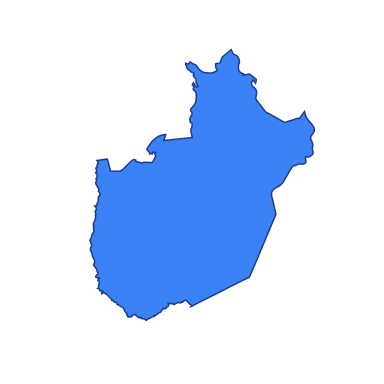 SVG path tracing the border of Coahuila, rotated 215°
{"feature_id": "MEX-2708", "entity_name": "Coahuila", "entity_type": "State", "adm_level": 1, "iso_a3": "MEX", "parent_name": "Mexico", "parent_adm1": "", "projection": "albers", "projection_center": [-101.519, 27.229], "detail": "fine", "context": "isolated", "style": "filled", "palette": "blue", "viewbox_px": 384, "rotation_deg": 215, "n_neighbors": 0, "source": "natural_earth", "source_scale": "10m", "svg_char_len": 6005}
<svg xmlns="http://www.w3.org/2000/svg" viewBox="0 0 384 384"><g transform="rotate(215 192 192)"><path d="M172.5,52.9L173.4,53.1L174.5,54.2L175.3,54.0L175.6,54.9L176.2,55.2L177.8,55.4L179.9,56.5L180.4,57.0L182.1,57.7L186.4,57.3L187.6,57.6L188.3,56.9L189.0,57.1L189.6,57.7L190.2,58.0L191.1,57.9L192.1,57.2L193.5,57.6L195.0,57.6L195.5,57.2L195.8,57.3L196.0,57.8L196.3,58.1L203.7,59.2L206.1,58.8L206.7,58.6L207.2,58.1L207.4,57.1L207.6,56.8L207.9,57.0L208.2,57.3L208.4,57.8L207.7,59.4L208.7,59.7L209.4,59.3L210.1,58.6L211.0,58.3L211.4,58.5L211.7,59.1L212.1,59.4L213.1,59.4L214.0,59.0L213.8,59.7L213.9,60.3L215.0,62.1L215.3,63.1L216.2,64.8L216.5,65.2L217.1,65.5L218.3,65.5L218.7,65.7L218.6,66.5L218.3,67.7L218.2,68.4L218.7,68.6L219.5,67.9L220.6,67.3L221.8,67.1L222.5,67.8L222.5,69.1L222.1,70.7L222.3,71.4L222.7,71.9L223.7,72.1L224.1,72.4L225.0,73.5L226.3,74.2L230.7,75.6L231.1,76.5L231.4,78.7L232.1,79.7L233.0,80.5L236.3,82.0L237.4,82.9L238.3,84.1L238.7,84.4L240.8,85.4L241.8,86.1L242.4,86.9L243.3,88.6L243.0,89.8L243.3,90.5L245.7,92.4L246.1,93.1L247.6,93.4L248.0,94.1L248.4,97.2L249.3,99.2L249.5,100.3L249.1,101.4L249.4,101.8L249.6,102.2L249.7,103.4L250.0,103.8L251.1,104.7L251.5,105.8L252.4,106.3L252.5,106.7L252.2,107.3L252.4,107.7L252.7,107.9L253.4,107.9L253.7,108.0L253.9,108.3L254.6,109.6L255.8,114.7L256.3,115.8L258.0,118.0L258.0,118.9L260.0,120.2L260.2,120.7L260.2,122.5L260.9,123.6L261.8,124.2L263.7,124.9L262.4,125.7L262.1,126.1L262.2,126.6L263.1,127.7L263.3,129.6L263.8,131.4L265.1,133.1L265.8,134.3L265.9,135.1L265.6,136.1L266.0,137.1L266.8,138.0L267.6,138.5L269.2,138.9L269.6,140.7L270.0,141.0L270.7,141.2L275.3,143.4L276.1,144.3L276.5,145.4L276.5,146.1L276.7,146.5L278.0,147.7L278.3,147.8L278.1,148.8L278.8,150.4L279.2,151.0L279.9,151.8L281.6,152.3L282.1,152.7L281.6,153.4L282.1,154.2L282.8,155.1L283.6,155.9L284.3,156.2L284.5,156.5L283.9,157.8L284.1,158.4L284.9,159.0L285.2,159.4L285.3,159.9L285.2,161.1L285.2,161.6L285.5,161.6L286.1,162.1L286.7,162.7L286.7,163.0L287.9,163.3L280.6,170.2L280.2,170.3L279.8,170.1L279.0,169.4L270.6,162.3L270.2,162.5L268.7,163.7L265.4,166.0L263.7,167.2L262.5,168.6L261.8,170.3L261.3,172.4L259.7,181.4L259.0,184.0L258.1,185.4L256.7,185.9L256.3,185.9L256.1,185.6L255.8,184.8L255.5,184.8L250.2,186.8L249.5,187.3L248.4,188.7L247.8,189.2L242.1,192.9L241.6,193.6L241.5,194.6L242.3,200.9L243.0,201.2L243.9,201.4L244.5,201.9L244.4,203.3L246.2,202.9L246.7,202.5L246.9,201.7L246.3,201.0L246.3,200.6L246.6,200.3L247.4,200.3L247.7,200.2L248.2,198.8L248.5,198.8L249.1,199.6L250.0,200.2L252.5,200.6L253.4,201.1L253.7,202.2L253.8,209.8L253.7,210.8L252.3,216.2L251.2,218.7L249.7,220.9L248.2,222.5L246.5,224.0L244.6,218.0L223.0,236.8L226.4,239.8L228.0,241.5L229.1,243.3L229.4,245.1L229.7,245.9L230.8,247.6L231.3,248.1L231.9,248.2L232.8,248.2L233.6,248.4L234.4,249.1L235.7,250.6L236.2,252.0L236.4,254.8L236.8,256.2L237.8,257.1L239.2,257.7L240.3,258.5L240.6,259.8L240.1,263.6L240.1,265.6L240.4,267.4L241.3,269.4L242.3,271.2L243.5,273.0L245.6,275.7L246.4,276.2L249.0,276.4L249.8,276.8L250.2,277.2L250.4,277.7L250.3,278.8L250.4,279.3L250.9,279.6L252.4,279.6L253.0,279.8L253.3,280.4L253.5,281.0L253.5,282.3L249.1,280.7L247.8,281.0L247.6,282.0L249.0,282.8L250.8,283.5L251.9,284.5L252.3,285.4L253.5,286.7L256.9,287.6L258.2,288.7L258.2,289.1L258.0,289.6L257.9,290.0L258.4,290.4L259.2,290.5L261.1,289.9L261.9,289.8L263.6,290.1L266.2,290.2L266.7,290.4L267.8,291.3L270.5,293.0L271.1,293.8L269.2,294.3L268.4,294.8L268.1,295.2L268.3,297.3L267.7,297.6L265.7,297.4L264.8,297.5L262.6,298.2L261.6,298.2L260.4,297.9L256.8,296.6L255.6,296.4L252.4,296.4L249.5,297.3L246.8,298.9L244.2,300.7L243.1,302.1L241.8,304.3L241.2,306.3L242.3,307.0L243.1,307.2L244.0,307.8L245.4,309.4L246.1,310.4L246.0,311.1L243.3,313.2L243.1,314.0L244.2,317.8L244.4,319.0L244.5,320.1L244.2,321.5L242.2,328.7L241.6,331.1L237.9,329.0L237.0,328.7L236.2,328.8L234.4,329.3L232.7,329.2L230.7,328.4L228.9,327.2L227.7,325.8L227.3,324.9L226.5,322.3L225.4,320.6L224.1,319.1L222.5,318.0L220.9,317.7L217.2,318.3L217.1,317.0L213.3,320.9L212.5,321.4L211.5,321.6L204.2,321.2L203.6,320.7L203.1,319.7L202.4,317.6L204.3,318.2L206.2,318.6L206.1,316.5L205.8,315.4L205.4,314.7L204.0,313.6L203.2,313.2L202.5,313.2L200.6,313.2L198.7,312.7L197.1,311.7L195.8,310.3L194.4,307.1L193.5,305.4L192.7,304.6L177.9,299.9L176.7,299.8L172.5,300.5L158.6,301.8L157.1,301.9L156.1,302.2L155.3,302.9L154.5,304.1L150.2,309.6L148.5,312.1L147.4,313.2L146.3,313.5L146.0,322.4L142.9,319.9L140.0,318.2L138.0,317.5L132.0,316.0L129.9,315.1L128.0,313.9L126.8,312.0L126.5,309.9L126.6,307.8L126.5,305.8L125.8,304.2L124.2,302.9L122.3,301.8L120.5,300.5L119.4,298.8L118.9,297.6L118.3,296.6L117.5,295.7L115.4,293.8L115.0,293.1L114.9,292.2L115.1,290.8L115.6,289.4L116.3,288.1L117.2,286.9L117.6,286.6L118.7,286.4L119.0,286.0L119.0,285.5L118.6,284.9L116.3,282.5L115.9,281.6L115.9,280.4L116.1,279.6L116.6,279.0L118.4,277.6L119.4,277.2L119.8,276.8L121.5,274.8L122.7,272.7L123.5,272.2L124.1,271.4L124.3,269.9L124.0,264.4L123.1,254.6L123.0,251.8L123.3,249.2L124.1,246.7L126.4,242.0L126.9,239.4L126.3,236.7L124.4,234.4L120.1,230.6L110.5,221.9L99.1,169.6L96.1,155.0L101.8,145.1L111.5,126.7L123.2,105.1L126.9,97.8L127.0,97.7L126.8,98.5L127.4,98.9L130.2,98.9L132.7,99.6L134.4,99.9L135.6,99.4L136.2,98.0L136.5,96.2L136.9,96.0L137.1,96.2L137.6,94.7L138.0,94.4L139.8,93.5L140.2,93.2L140.6,92.6L141.8,90.0L142.7,89.2L143.7,89.8L144.0,89.3L146.0,87.8L147.3,87.6L147.8,87.4L147.4,86.8L146.3,86.0L145.9,85.5L146.0,84.9L146.6,82.9L146.7,81.4L147.6,80.5L148.4,80.4L148.8,80.2L148.5,79.2L148.5,78.9L149.0,78.2L149.0,77.6L148.7,76.4L148.8,75.7L149.4,74.8L150.8,70.9L151.2,70.6L151.5,70.2L151.3,69.5L151.7,69.3L151.8,69.1L151.6,68.4L152.1,68.2L152.4,67.9L153.6,65.5L153.8,65.4L154.0,64.7L155.4,62.4L155.7,60.9L156.0,60.6L158.1,60.6L158.8,60.4L160.5,59.5L161.3,59.2L161.5,59.3L161.7,59.8L161.9,60.0L162.2,59.9L162.9,59.3L163.3,58.6L163.7,58.5L168.6,58.9L169.8,57.2L170.0,56.6L170.1,55.2L170.2,54.7L170.6,54.4L171.7,54.1L172.1,53.1L172.5,52.9Z" fill="#3b82f6" stroke="#1e3a8a" stroke-width="1.5"/></g></svg>